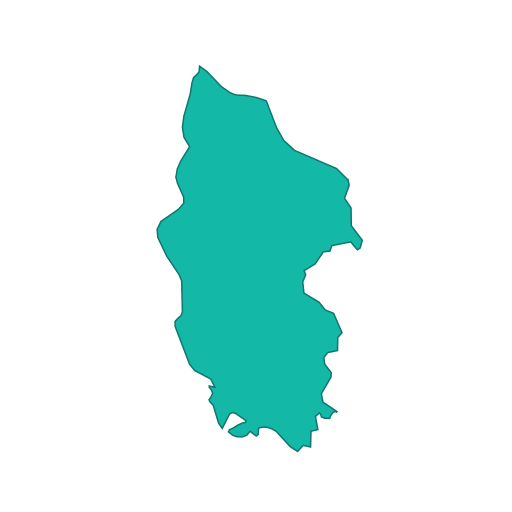 Fermanagh, Robinson projection, rotated 59°
{"feature_id": "GBR-2136", "entity_name": "Fermanagh", "entity_type": "District", "adm_level": 1, "iso_a3": "GBR", "parent_name": "United Kingdom", "parent_adm1": "", "projection": "robinson", "projection_center": [-7.539, 54.359], "detail": "fine", "context": "isolated", "style": "filled", "palette": "teal", "viewbox_px": 512, "rotation_deg": 59, "n_neighbors": 0, "source": "natural_earth", "source_scale": "10m", "svg_char_len": 1756}
<svg xmlns="http://www.w3.org/2000/svg" viewBox="0 0 512 512"><g transform="rotate(59 256 256)"><path d="M171.2,172.7L185.5,168.5L222.6,141.9L238.0,138.0L238.0,137.8L243.4,139.7L252.1,150.4L263.8,149.8L279.1,158.7L297.3,156.8L302.8,162.7L302.9,165.9L292.7,167.5L286.2,185.5L289.9,190.2L287.1,196.1L293.2,209.2L293.4,222.3L297.6,223.0L302.3,229.3L312.5,234.0L328.2,225.7L337.9,224.5L345.1,219.0L366.0,221.8L368.0,227.9L379.0,234.8L375.7,244.3L378.1,250.3L384.1,252.8L394.6,251.6L398.4,254.0L407.7,270.9L415.7,273.9L431.1,266.7L431.3,267.1L431.4,267.3L430.3,267.8L429.7,270.1L430.7,273.0L432.1,275.4L433.1,276.2L433.2,276.5L430.3,280.9L429.9,280.9L427.8,282.8L425.0,282.1L423.2,282.5L424.1,287.7L436.7,292.4L434.5,299.1L447.8,307.6L442.6,313.1L445.0,321.0L437.0,324.9L416.6,329.0L412.3,331.5L409.3,333.9L406.9,337.0L404.8,341.8L406.6,343.8L410.1,346.0L410.5,348.5L403.2,351.4L404.9,356.2L403.9,361.1L401.2,365.3L397.8,368.2L392.6,370.2L391.3,368.3L391.7,363.9L391.6,358.4L392.1,354.1L393.2,350.6L391.9,349.4L380.6,354.5L377.9,357.0L377.9,360.2L386.4,373.7L384.1,373.9L380.2,374.2L362.1,369.6L356.6,370.6L354.9,370.2L354.2,368.1L351.4,363.9L348.3,363.2L344.6,363.7L343.3,363.0L347.4,358.8L338.1,358.2L322.7,367.5L314.7,368.7L274.8,361.6L270.4,359.1L269.2,355.1L268.5,350.9L265.9,347.8L239.0,332.5L232.3,331.5L210.1,332.6L189.6,330.6L182.3,327.1L177.4,319.7L176.0,298.4L173.5,290.7L168.0,287.6L153.4,285.9L150.5,285.0L147.2,284.1L140.8,278.6L135.9,271.7L128.1,256.6L117.2,256.6L107.8,252.8L99.1,245.9L83.3,229.0L74.4,221.5L70.8,217.5L70.1,213.7L68.9,210.0L64.2,206.6L66.2,205.8L73.1,202.9L92.9,198.5L102.1,194.4L106.4,191.4L108.3,189.4L112.9,182.3L120.5,173.9L128.3,167.3L156.6,172.3L171.2,172.7Z" fill="#14b8a6" stroke="#0f766e" stroke-width="1.5"/></g></svg>